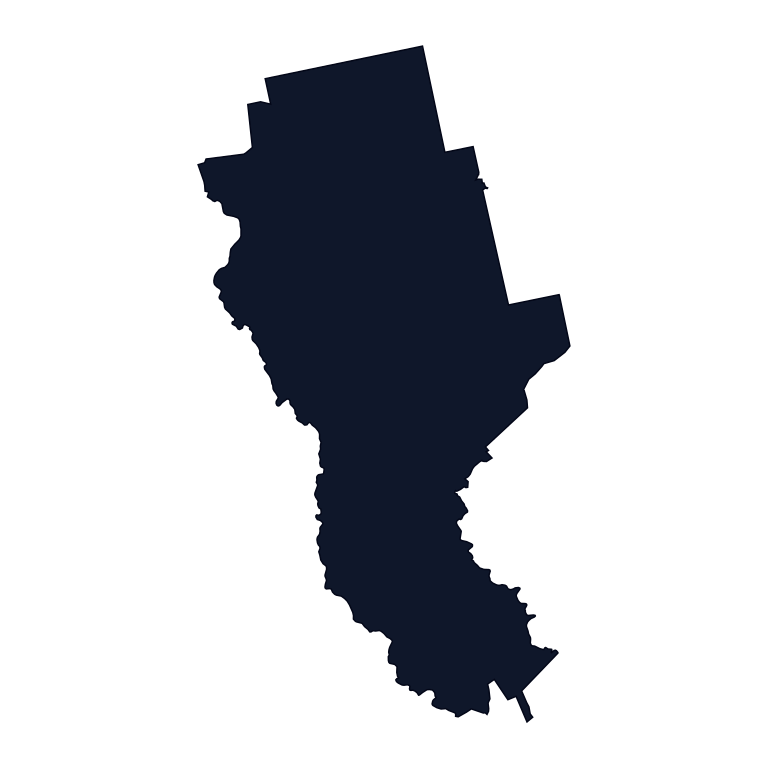 the district of Mazzalves pag., Neretas, Latvia
{"feature_id": "27541924B89627851604183", "entity_name": "Mazzalves pag.", "entity_type": "district", "adm_level": 2, "iso_a3": "LVA", "parent_name": "Latvia", "parent_adm1": "Neretas", "projection": "orthographic", "projection_center": [24.992, 56.383], "detail": "fine", "context": "isolated", "style": "filled", "palette": "ink", "viewbox_px": 768, "rotation_deg": 0, "n_neighbors": 0, "source": "geoboundaries", "source_scale": "gbopen_adm2", "svg_char_len": 6130}
<svg xmlns="http://www.w3.org/2000/svg" viewBox="0 0 768 768"><path d="M527.0,721.9L532.7,717.2L530.2,713.9L528.9,706.8L526.7,702.7L521.6,690.9L557.9,653.1L557.9,652.5L556.4,650.7L555.3,650.2L554.1,650.5L552.1,652.4L551.4,652.7L551.1,652.1L551.9,650.2L551.6,649.3L548.0,649.0L545.7,647.5L544.9,647.8L543.9,649.5L542.5,649.4L539.7,648.6L534.7,646.1L532.0,645.8L531.1,645.0L530.3,643.0L530.6,639.1L530.4,637.5L528.6,634.0L528.0,631.0L526.5,626.7L526.4,624.8L527.6,621.9L528.9,620.4L530.9,618.6L534.4,617.0L535.3,616.1L535.3,615.7L535.0,615.3L533.4,615.0L528.0,615.5L526.6,614.7L525.3,612.1L525.4,610.9L524.8,609.0L526.6,605.7L526.8,604.9L526.4,604.0L525.4,603.6L520.9,603.4L519.6,602.4L518.0,600.4L516.4,596.6L516.2,595.2L516.9,593.4L519.8,589.3L520.0,588.8L519.8,588.1L518.4,587.5L515.1,587.9L513.5,588.9L510.8,589.7L508.4,589.1L507.7,588.3L506.5,586.1L505.0,585.2L502.0,584.7L499.8,585.3L498.1,585.3L496.3,584.8L492.6,583.0L490.3,580.9L490.0,580.0L490.0,578.9L489.0,576.3L489.1,574.8L490.2,571.2L489.9,570.1L488.9,569.6L483.8,569.4L479.5,567.9L477.4,565.4L474.2,562.6L473.4,560.9L471.9,560.0L471.7,559.4L472.6,558.1L472.7,557.4L472.3,555.7L470.7,553.6L468.4,552.0L468.1,550.6L468.5,549.8L472.2,546.7L472.5,545.9L472.4,544.6L471.3,543.8L466.7,541.7L461.9,540.6L460.6,539.9L460.2,539.3L460.1,538.5L461.2,531.5L461.0,530.7L457.8,526.1L456.4,523.4L456.5,521.8L457.0,520.8L459.1,519.0L460.6,519.5L461.7,518.8L463.1,515.6L465.1,513.5L467.4,512.1L467.6,510.9L466.2,508.1L464.8,506.5L464.1,504.0L461.6,500.9L459.7,497.1L457.2,495.5L457.2,494.2L456.8,493.9L455.0,493.4L454.7,492.3L455.5,490.6L456.8,491.2L460.5,489.4L463.8,486.9L464.8,487.0L465.9,487.6L467.7,487.3L468.1,481.6L464.8,478.8L468.1,476.7L470.2,474.1L472.5,468.8L474.3,466.3L479.6,461.8L481.7,460.5L481.8,460.9L483.8,461.4L486.5,461.5L492.0,458.0L486.2,451.8L488.5,450.5L485.4,446.9L527.5,407.8L526.9,400.0L524.1,390.4L523.4,389.8L528.8,379.2L535.2,373.9L541.8,366.5L543.9,363.6L554.2,360.6L564.9,352.3L569.9,346.0L559.3,295.1L558.8,295.2L558.8,294.7L508.5,305.0L482.6,190.0L485.1,188.2L487.2,188.5L487.6,187.9L485.4,186.9L483.9,183.0L482.3,183.1L481.8,179.3L477.9,179.2L475.7,180.0L477.9,175.7L477.7,175.1L478.6,174.7L478.8,172.3L473.1,146.6L444.9,152.3L422.5,46.1L265.2,78.7L270.7,104.2L260.6,101.8L247.8,104.5L252.4,147.5L245.8,153.0L243.8,154.2L206.1,159.0L204.6,162.8L198.1,164.7L204.0,181.6L204.7,185.3L205.1,191.2L208.8,192.0L207.4,196.8L211.6,199.5L212.7,200.7L214.8,201.5L216.4,200.6L217.6,200.4L219.9,201.4L221.9,203.7L223.4,211.6L224.3,213.3L226.9,215.0L233.6,216.3L237.7,217.8L239.2,219.3L240.1,222.0L240.4,226.4L241.0,228.8L241.0,236.2L240.3,237.9L238.9,240.1L234.9,244.1L230.9,249.0L230.3,252.3L230.0,256.2L229.3,258.3L229.3,261.1L228.8,263.0L227.8,264.6L225.1,267.3L221.5,268.4L219.3,269.7L216.5,273.1L215.2,275.3L214.5,277.1L213.9,280.5L214.0,282.7L214.6,284.5L216.8,286.8L220.0,288.9L221.3,290.6L221.2,292.1L219.2,296.9L219.2,297.5L219.6,298.7L223.5,301.7L224.0,302.9L224.6,307.3L225.4,309.0L229.6,312.8L231.8,315.9L234.6,318.3L234.8,318.9L234.8,320.4L234.2,321.2L232.7,321.7L232.3,322.1L232.0,323.0L232.4,324.2L236.3,326.2L238.2,329.1L239.7,329.5L242.4,328.0L243.0,325.9L243.5,325.1L244.7,324.5L246.2,324.9L249.7,326.9L249.9,327.5L249.5,328.7L249.9,329.6L251.2,330.2L252.5,332.0L253.1,333.4L252.0,337.0L252.3,339.5L252.9,340.6L256.1,343.7L258.6,347.4L259.8,350.3L259.9,351.9L259.6,353.4L259.9,354.6L262.2,357.7L263.3,360.5L265.7,362.3L266.2,363.2L266.5,364.4L266.3,365.0L264.9,365.8L264.4,366.5L264.4,367.7L264.8,369.3L269.4,375.4L270.7,377.9L271.2,379.0L272.0,383.7L272.8,385.3L273.1,388.9L274.1,390.9L275.8,393.1L278.3,397.2L277.9,398.7L276.3,401.3L276.1,403.2L276.7,405.0L277.9,405.9L278.8,405.9L279.9,405.2L282.1,402.6L286.8,399.1L288.5,399.0L289.3,399.7L290.0,401.0L290.0,403.0L290.5,404.5L293.2,407.1L294.8,409.4L295.3,413.5L297.1,415.6L297.1,416.9L296.5,418.0L296.5,418.5L297.6,420.1L298.8,421.1L302.4,423.0L304.0,424.6L304.8,425.1L306.9,424.8L308.6,422.6L310.3,422.6L312.3,425.2L315.5,427.6L318.3,431.0L319.2,432.7L319.6,434.5L319.5,438.7L321.1,442.4L320.3,446.1L320.6,449.2L318.8,453.9L320.4,459.1L319.8,463.1L320.5,466.1L321.4,467.0L323.7,468.0L324.0,468.6L324.1,469.8L323.7,473.0L323.1,474.0L318.8,474.7L317.7,475.4L316.9,476.6L316.7,477.6L316.9,480.1L316.3,482.3L317.4,484.1L317.7,485.4L315.0,492.9L314.8,494.2L314.9,495.1L315.7,497.1L318.1,500.8L318.2,501.7L317.7,503.9L318.0,505.7L319.1,508.0L320.8,509.0L321.2,511.9L321.1,513.5L320.6,514.2L319.1,515.3L316.7,514.9L316.0,515.6L315.9,517.1L317.3,519.5L320.4,520.5L322.4,522.3L322.9,523.2L322.8,524.0L320.2,527.4L319.9,528.7L320.1,531.2L319.7,533.7L319.2,534.8L317.5,537.1L317.1,538.6L317.0,539.8L317.5,542.9L318.4,545.0L319.5,546.1L320.0,547.6L320.0,548.5L318.8,551.8L319.8,555.0L320.8,560.0L323.1,563.7L325.9,565.8L326.5,567.1L326.6,569.3L325.0,575.1L325.1,576.4L326.1,578.7L326.5,580.5L325.4,584.1L325.0,586.6L325.1,587.9L326.2,588.9L329.7,588.6L330.9,588.9L331.5,589.6L332.5,592.0L334.6,594.2L336.3,595.1L341.3,596.1L344.6,598.5L347.2,601.1L349.5,604.9L352.8,612.4L353.5,615.6L353.4,619.1L355.3,621.2L356.3,621.8L362.1,623.3L364.6,626.6L368.0,629.4L369.8,631.9L371.0,631.9L372.9,630.7L375.6,631.0L379.3,630.5L381.1,631.2L384.0,633.5L386.9,636.9L390.2,638.6L391.9,640.2L392.3,640.9L392.2,642.1L389.7,647.3L389.0,649.7L388.7,652.2L389.3,655.0L388.3,656.6L388.4,660.6L388.9,662.4L389.8,663.3L394.7,664.4L396.9,666.5L397.0,667.5L396.8,672.5L397.5,676.2L398.6,677.9L396.8,678.7L395.8,679.9L396.5,681.6L398.2,683.0L402.1,685.0L404.0,685.2L407.4,684.8L409.3,685.4L409.9,686.5L409.5,688.9L409.9,690.1L410.7,690.4L412.9,690.2L414.7,690.9L417.0,692.6L418.6,695.2L419.4,695.0L422.7,692.4L426.9,689.7L429.4,689.5L432.5,690.0L434.6,692.5L434.9,693.6L435.1,696.0L436.0,697.3L435.9,697.8L433.5,699.8L432.7,701.1L432.1,703.9L432.4,704.8L433.0,705.5L436.9,707.7L441.1,709.0L445.8,708.6L448.7,710.4L454.6,712.7L455.5,713.5L455.7,714.8L455.6,716.3L458.2,716.8L466.5,712.1L471.3,708.9L483.3,713.0L485.3,712.8L487.0,714.4L488.5,711.3L488.7,708.6L488.1,703.6L488.3,702.4L489.9,698.9L488.9,689.8L487.6,684.1L494.3,679.4L507.9,699.7L516.1,696.3L527.0,721.9Z" fill="#0f172a" stroke="#020617" stroke-width="1.5"/></svg>